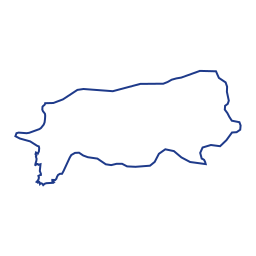 the Province of Aydin
{"feature_id": "TUR-2229", "entity_name": "Aydin", "entity_type": "Province", "adm_level": 1, "iso_a3": "TUR", "parent_name": "Turkey", "parent_adm1": "", "projection": "natural_earth1", "projection_center": [27.708, 37.721], "detail": "fine", "context": "isolated", "style": "outline", "palette": "blue", "viewbox_px": 256, "rotation_deg": 0, "n_neighbors": 0, "source": "natural_earth", "source_scale": "10m", "svg_char_len": 1655}
<svg xmlns="http://www.w3.org/2000/svg" viewBox="0 0 256 256"><path d="M62.0,173.8L60.0,173.8L58.1,174.9L57.0,176.8L56.4,178.7L55.2,180.0L52.3,179.9L52.3,181.0L54.0,182.2L53.3,182.8L46.3,183.2L44.6,183.8L43.2,185.1L42.4,183.9L41.5,183.3L40.7,183.3L40.0,184.0L39.8,182.9L39.6,182.4L39.2,181.9L38.2,182.6L37.9,182.7L37.6,182.4L36.6,181.9L37.8,180.6L38.6,179.1L38.9,177.6L38.4,175.9L40.2,175.0L40.9,174.9L40.9,173.8L39.8,171.0L40.5,164.2L38.4,164.8L37.7,164.0L36.9,164.0L36.0,164.6L35.1,165.7L35.6,163.3L36.3,161.0L36.6,158.9L35.9,156.6L36.4,155.7L35.9,155.0L35.5,154.2L36.0,152.5L37.8,153.7L38.9,151.4L39.2,148.1L38.8,146.4L37.1,145.8L30.2,141.4L19.8,138.5L15.4,136.2L16.5,133.2L18.6,132.6L26.6,133.2L29.2,132.8L39.4,129.1L41.0,128.0L43.7,124.6L44.6,122.3L45.0,119.0L45.2,115.8L45.0,113.9L44.1,112.6L43.0,111.3L42.3,109.6L42.5,106.8L42.9,106.2L44.5,104.9L45.1,103.8L45.2,103.2L45.4,103.2L53.3,103.0L62.9,99.4L77.4,89.9L83.5,89.0L112.8,91.2L140.3,83.9L163.3,83.7L167.6,82.0L171.7,79.7L176.4,78.4L181.2,77.6L199.9,70.9L216.0,71.3L217.4,74.6L218.9,77.9L225.6,82.4L227.1,86.7L226.9,91.8L228.8,100.7L227.7,103.9L225.1,105.8L224.8,109.6L227.4,113.1L229.3,116.8L231.8,120.7L239.4,122.2L240.6,125.5L240.2,129.7L236.6,132.2L232.0,132.5L226.4,140.2L220.1,146.2L210.9,145.0L202.6,147.5L200.2,152.9L201.7,158.6L202.9,159.1L204.1,159.9L205.1,161.9L205.7,164.1L190.1,162.0L181.4,157.4L173.9,151.1L165.3,149.3L158.9,153.8L154.7,161.9L150.0,165.7L135.5,166.8L127.1,166.4L122.1,163.8L116.6,163.8L111.2,165.1L105.8,164.3L97.4,158.6L87.8,157.2L83.2,155.5L79.0,152.7L75.0,152.9L71.3,155.0L69.8,157.5L63.4,171.3L62.0,173.8Z" fill="none" stroke="#1e3a8a" stroke-width="2"/></svg>